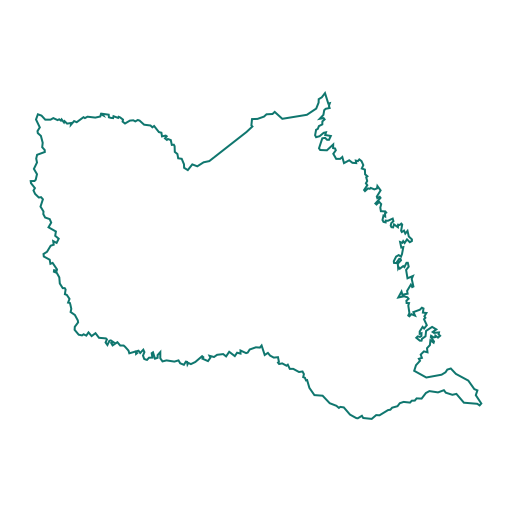 Ponte Alta do Tocantins, Tocantins, Brazil (orthographic projection)
{"feature_id": "56859067B20194373931843", "entity_name": "Ponte Alta do Tocantins", "entity_type": "district", "adm_level": 2, "iso_a3": "BRA", "parent_name": "Brazil", "parent_adm1": "Tocantins", "projection": "orthographic", "projection_center": [-47.257, -10.753], "detail": "fine", "context": "isolated", "style": "outline", "palette": "teal", "viewbox_px": 512, "rotation_deg": 0, "n_neighbors": 0, "source": "geoboundaries", "source_scale": "gbopen_adm2", "svg_char_len": 6030}
<svg xmlns="http://www.w3.org/2000/svg" viewBox="0 0 512 512"><path d="M479.6,405.4L481.3,403.5L475.8,395.2L477.4,390.4L474.3,389.1L468.3,380.6L455.9,373.9L450.8,368.5L447.3,369.6L445.5,372.3L441.6,374.7L426.3,377.5L414.2,370.8L416.0,365.2L420.0,360.8L418.9,358.8L421.9,357.9L420.7,354.6L423.9,351.4L427.5,352.3L427.0,348.2L429.9,345.1L430.4,340.3L433.6,342.7L434.0,341.5L430.8,337.1L431.1,335.8L433.6,337.4L435.2,337.1L435.4,335.6L438.0,337.6L440.1,335.8L438.6,334.3L439.0,332.4L434.0,332.9L432.7,332.0L436.3,329.4L432.1,326.9L426.1,330.9L425.5,336.3L422.0,338.8L421.5,340.7L419.9,340.7L416.3,337.8L417.7,336.4L420.0,336.9L421.4,336.0L421.5,333.2L419.7,333.8L419.7,331.5L422.6,326.9L424.1,328.5L426.8,325.2L424.0,319.2L425.4,317.8L424.4,316.3L426.4,313.0L422.9,312.6L423.5,308.5L421.9,307.7L419.9,309.7L413.4,312.1L415.0,315.6L411.4,314.2L409.4,316.3L408.3,315.5L409.4,313.1L408.3,305.6L409.0,303.1L406.6,303.0L406.4,300.7L408.6,298.8L407.4,297.3L404.1,296.3L398.3,297.5L401.5,291.6L402.4,294.7L407.6,293.7L407.1,290.9L410.8,284.7L412.2,287.1L413.4,286.5L411.7,278.9L412.9,276.0L407.5,278.3L406.1,269.9L408.7,266.7L407.8,262.8L406.5,262.8L404.4,267.1L403.2,266.1L399.8,268.7L398.9,267.5L398.2,268.6L397.8,263.7L401.0,260.3L400.5,258.9L399.2,258.9L396.2,263.1L394.0,262.9L393.8,261.2L396.1,256.6L398.7,255.1L401.0,256.6L402.0,254.1L403.3,247.1L401.3,247.6L400.1,242.0L402.3,242.8L403.2,241.1L404.6,243.0L407.0,239.4L409.8,242.2L411.9,241.0L411.9,239.4L408.8,236.5L407.5,230.9L405.3,233.6L404.0,230.6L401.8,232.0L401.1,230.7L402.2,224.6L401.3,223.6L399.7,225.0L398.1,224.7L397.9,227.2L394.0,224.4L393.1,227.4L391.5,227.2L390.7,225.6L391.3,223.1L393.4,221.2L392.7,218.6L387.9,220.8L385.7,220.6L385.6,222.4L383.5,221.9L382.5,220.0L383.5,215.5L385.2,216.5L385.0,213.3L386.2,212.6L385.3,211.4L380.9,211.2L380.3,207.6L381.2,204.1L379.2,201.9L376.5,204.5L375.4,203.5L380.5,197.9L379.7,196.8L377.3,198.1L376.8,196.6L380.6,190.4L377.4,186.0L377.0,188.4L374.4,189.4L370.7,187.9L369.8,188.8L368.0,188.4L365.0,191.1L364.1,190.0L367.3,185.2L365.9,183.3L367.2,181.0L366.2,177.3L367.4,176.3L365.1,174.3L364.9,169.6L361.8,168.5L363.3,165.1L361.5,161.1L359.3,159.4L357.9,161.1L355.8,160.6L356.2,163.1L352.4,162.8L349.2,160.3L344.0,163.1L342.3,157.0L340.1,158.9L336.2,158.9L333.3,153.8L335.8,150.3L335.1,148.5L333.1,148.1L333.2,144.5L326.9,150.3L320.2,150.0L319.0,148.3L322.3,138.3L325.1,137.9L327.1,139.8L329.0,139.8L330.8,136.0L325.2,135.0L326.0,132.3L323.7,132.8L319.6,136.2L316.1,137.2L315.1,135.2L316.1,129.8L317.8,128.9L318.9,126.1L322.3,124.4L322.4,121.4L324.6,119.4L323.6,118.1L319.7,118.8L323.4,114.9L324.2,110.2L325.7,108.8L329.6,108.0L328.9,105.9L329.8,103.2L328.3,103.6L325.0,93.1L321.8,97.3L318.7,99.2L318.6,102.6L316.2,108.6L306.9,114.8L282.3,118.8L274.7,111.9L272.5,114.0L266.5,114.3L264.0,116.6L257.5,118.9L252.0,119.1L251.4,125.4L252.4,126.5L246.5,132.0L209.3,161.1L203.6,162.3L197.3,166.3L192.3,164.4L187.8,170.1L184.1,167.8L184.0,164.3L181.7,158.8L178.2,158.3L177.4,154.0L174.8,151.9L174.6,146.2L173.8,144.7L171.8,144.9L170.8,140.1L167.9,139.0L166.9,139.9L165.0,138.4L166.7,136.3L165.7,135.6L162.0,136.4L161.4,132.7L158.9,132.1L154.1,126.0L152.4,127.3L150.5,125.5L144.1,124.7L139.6,120.6L137.8,120.0L135.3,121.4L133.3,120.3L129.9,120.6L125.0,123.5L122.6,121.6L123.0,119.6L120.1,117.4L118.6,116.8L118.1,117.9L113.5,116.2L113.1,118.1L111.0,117.9L108.9,117.3L108.7,114.7L102.4,113.8L103.4,115.5L100.9,114.2L100.3,116.5L95.3,117.6L87.5,116.7L84.9,118.1L83.5,117.2L76.7,122.2L74.1,121.1L70.9,124.8L71.1,123.0L67.1,123.6L64.6,121.2L64.0,122.5L61.6,119.4L60.9,120.6L59.2,119.3L57.6,120.1L53.3,118.1L50.5,119.7L45.3,119.7L41.5,115.6L37.9,114.3L36.0,119.5L39.8,127.4L37.5,131.1L37.8,133.1L40.9,135.9L42.7,142.8L42.2,147.2L44.7,150.0L44.8,152.0L37.1,154.8L36.2,158.6L37.0,162.5L33.9,168.9L37.0,174.2L35.7,179.8L34.5,181.0L30.7,181.1L31.0,183.2L34.9,188.1L33.5,190.5L35.1,193.9L38.8,197.5L41.1,197.2L42.9,199.3L40.5,206.6L43.5,211.5L43.3,214.1L45.1,217.5L49.7,219.1L51.2,222.6L48.5,227.3L55.9,231.5L55.2,235.8L58.7,238.7L56.6,242.9L53.2,241.1L53.7,244.7L50.7,245.7L47.0,251.8L43.5,254.0L43.8,256.5L49.7,259.7L50.4,263.8L52.6,262.9L57.0,269.4L56.7,270.7L54.1,270.2L53.9,271.7L56.8,272.9L59.3,277.4L59.8,283.5L62.7,288.1L64.7,288.1L65.6,289.5L64.9,294.2L66.8,294.9L69.5,298.9L68.1,302.6L69.8,302.9L70.3,304.3L71.3,308.9L70.6,312.0L74.9,315.0L77.8,320.4L78.1,322.4L74.8,326.8L74.6,329.8L78.7,334.7L82.0,335.4L83.6,334.3L86.3,335.6L88.5,332.4L91.6,336.1L95.5,333.2L99.0,337.8L105.9,338.4L106.9,339.4L105.6,342.5L107.4,345.0L109.4,340.8L110.8,340.4L113.5,342.2L111.2,343.0L112.6,345.4L117.4,342.2L120.2,345.5L123.6,345.5L125.1,346.8L128.5,350.6L129.3,353.3L138.5,350.7L140.2,353.0L143.3,349.7L144.4,352.1L143.0,355.6L144.2,358.9L145.6,359.5L147.0,359.9L149.0,357.7L152.4,357.6L151.7,353.2L153.0,352.3L155.0,358.7L157.6,357.8L157.6,355.1L160.3,352.1L160.3,358.3L162.5,361.4L166.5,360.4L174.4,361.6L178.5,360.4L180.2,363.3L183.9,364.8L185.9,361.6L187.1,361.9L187.5,364.4L188.3,362.9L190.9,364.1L195.3,362.0L202.1,356.2L203.3,357.2L202.5,358.7L208.0,361.1L210.4,357.7L209.5,355.8L214.0,357.0L217.1,354.8L223.2,354.1L226.1,356.4L229.2,351.8L234.8,356.1L237.1,352.7L240.5,353.6L240.5,350.5L246.1,353.1L247.7,352.6L249.7,349.5L255.9,347.3L259.9,347.6L261.6,345.5L264.7,355.0L267.9,352.9L270.1,355.6L273.8,357.6L278.0,357.2L278.9,361.8L278.0,362.6L279.1,364.0L282.2,363.4L286.5,365.7L287.8,364.7L289.8,368.9L293.3,368.9L299.0,372.0L302.5,371.5L303.9,374.1L303.2,377.1L304.9,377.8L306.0,380.4L307.1,380.1L309.4,387.9L314.4,395.1L322.6,395.7L329.7,403.2L336.4,405.8L338.9,407.9L340.3,406.9L343.8,407.4L350.0,414.6L356.3,418.1L357.8,418.3L361.9,415.8L363.2,418.0L371.7,418.9L376.2,415.1L379.5,415.3L388.0,410.1L390.4,409.7L392.1,407.7L397.5,406.2L399.8,403.2L403.6,401.9L410.0,402.6L411.8,400.7L414.8,400.6L416.6,398.4L421.6,398.6L425.9,393.0L429.4,391.1L438.0,392.4L443.9,390.2L445.8,392.7L452.4,394.8L456.4,393.9L463.9,402.7L477.3,403.8L479.6,405.4ZM136.0,352.2L136.1,353.9L137.1,353.1L136.0,352.2Z" fill="none" stroke="#0f766e" stroke-width="2"/></svg>